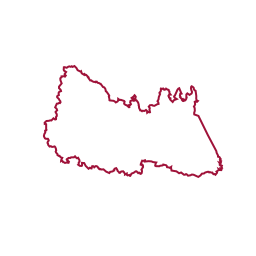 outline of Ballinamore-Lea-6, Leitrim, Ireland, rotated 149°
{"feature_id": "5873133B64566250281518", "entity_name": "Ballinamore-Lea-6", "entity_type": "district", "adm_level": 2, "iso_a3": "IRL", "parent_name": "Ireland", "parent_adm1": "Leitrim", "projection": "mercator", "projection_center": [-7.852, 54.028], "detail": "fine", "context": "isolated", "style": "outline", "palette": "rose", "viewbox_px": 256, "rotation_deg": 149, "n_neighbors": 0, "source": "geoboundaries", "source_scale": "gbopen_adm2", "svg_char_len": 5849}
<svg xmlns="http://www.w3.org/2000/svg" viewBox="0 0 256 256"><g transform="rotate(149 128 128)"><path d="M66.9,47.3L67.4,48.2L68.2,48.4L68.4,49.2L67.6,50.0L67.6,51.1L67.1,50.4L66.6,50.8L66.2,50.5L65.8,51.2L66.2,51.6L65.3,51.8L65.7,52.8L65.1,53.2L65.2,53.7L64.7,53.8L64.9,54.2L64.6,54.8L64.6,56.0L65.6,57.1L65.0,58.0L64.8,61.1L64.2,62.7L63.2,80.9L61.4,102.1L64.2,105.5L63.6,106.8L61.9,108.3L60.6,110.7L60.4,112.5L59.5,112.8L58.2,113.8L57.3,116.1L55.9,116.0L55.9,115.3L55.4,114.9L54.2,115.2L54.8,116.1L54.7,117.2L54.3,118.2L53.0,120.2L50.9,125.1L51.5,126.1L51.5,127.3L51.0,128.8L51.5,130.3L52.0,131.0L52.6,130.8L53.6,129.6L54.2,127.9L54.5,126.0L55.2,125.2L55.8,124.8L58.2,124.7L59.3,127.1L60.7,126.7L62.3,124.1L62.1,123.9L63.2,122.9L64.6,122.2L64.9,122.3L65.3,123.5L66.2,122.5L66.7,122.6L67.1,123.0L67.3,124.3L66.9,124.5L66.6,125.1L67.2,126.0L67.4,127.2L67.1,127.2L66.9,127.7L67.0,128.9L66.1,129.7L65.9,130.2L65.1,130.6L64.8,130.0L64.4,129.9L64.4,130.6L63.6,135.7L64.6,135.8L66.1,135.2L71.2,131.6L72.2,131.4L72.4,131.0L72.4,129.9L71.3,127.7L74.3,128.2L76.3,127.3L77.1,130.2L77.1,131.5L76.4,131.7L77.1,133.1L76.8,133.6L76.9,134.2L76.7,134.8L75.7,135.3L74.3,134.7L74.5,136.6L73.7,138.0L73.9,139.4L73.6,139.8L74.8,141.3L75.1,142.1L75.8,141.7L76.8,141.9L76.9,142.5L77.6,142.7L77.6,143.8L79.1,144.0L79.4,144.8L79.8,144.6L80.2,143.6L81.2,142.5L82.8,142.1L83.1,141.5L83.0,140.6L85.6,138.7L87.2,136.7L88.9,135.8L88.8,134.4L89.4,132.9L90.7,133.3L93.9,133.4L95.1,134.3L95.6,135.3L97.5,136.2L99.2,135.6L99.1,133.8L100.1,132.8L101.0,130.2L101.3,130.2L102.5,131.4L103.7,131.2L103.5,131.7L102.8,132.2L103.3,134.2L105.0,134.1L107.0,135.5L107.4,135.3L107.9,136.4L108.5,136.9L108.2,137.6L108.3,138.8L108.0,139.9L107.4,140.9L107.3,141.8L106.9,142.1L106.2,144.7L106.5,147.4L106.9,147.9L107.0,148.7L106.6,149.7L105.3,150.7L105.3,151.9L105.5,152.7L107.1,152.1L109.4,151.9L109.2,151.2L108.6,150.4L107.9,150.1L107.7,149.3L107.0,148.7L107.6,148.2L108.1,148.0L109.3,148.5L110.1,149.6L112.0,149.9L113.0,148.8L113.2,146.9L114.9,146.4L115.2,147.1L115.7,147.2L115.7,146.4L116.0,146.0L116.1,145.2L116.3,145.2L116.5,145.3L117.4,148.1L118.3,149.2L118.8,150.7L118.6,151.2L117.3,152.4L117.4,153.2L119.7,155.9L120.7,156.3L121.4,158.0L122.3,156.6L123.4,156.1L125.3,156.2L125.6,157.4L126.3,158.7L129.5,161.1L129.6,161.3L128.9,162.7L128.2,164.9L127.5,165.2L127.4,166.7L127.7,170.4L128.1,170.9L127.3,173.1L127.4,175.0L128.3,176.0L128.7,179.9L129.0,180.0L129.6,181.3L130.8,182.5L130.9,183.7L132.0,183.9L131.9,184.4L133.0,184.7L133.7,185.3L134.6,186.6L134.9,187.7L135.9,188.2L136.2,192.1L135.8,192.1L136.5,195.0L136.9,195.1L137.5,196.6L138.2,196.1L139.5,198.7L139.0,200.8L139.6,200.7L141.4,203.5L141.3,206.0L142.0,208.7L144.0,208.9L144.4,209.9L145.5,209.9L146.5,211.0L147.6,211.3L149.5,211.2L151.0,212.8L151.7,213.1L153.1,211.1L153.3,210.2L152.2,207.9L154.5,206.9L154.7,206.6L154.3,205.0L155.6,204.5L156.1,205.3L158.4,206.5L158.9,205.7L160.1,205.6L160.6,205.2L161.3,203.8L161.9,200.4L165.8,199.0L166.6,197.7L166.1,195.6L166.2,194.7L166.4,194.1L168.2,194.4L169.0,194.1L169.5,193.7L170.3,191.8L171.9,191.9L172.8,191.2L172.8,190.4L172.3,188.6L172.4,187.1L172.2,185.9L172.6,184.8L173.5,184.4L174.1,185.0L175.1,184.9L176.5,185.5L179.8,183.2L179.3,181.3L179.6,179.7L181.8,179.1L182.0,178.5L181.9,177.3L182.0,176.5L182.8,175.0L184.1,174.5L184.8,173.1L185.2,172.6L186.1,172.8L186.9,174.7L189.8,173.9L190.7,174.6L192.1,174.9L194.3,176.0L196.7,175.5L197.2,174.5L196.5,174.4L196.2,173.4L198.9,168.9L198.8,168.5L199.2,168.1L200.4,168.4L201.3,166.7L202.7,166.0L204.2,164.5L204.4,163.7L204.5,161.9L203.9,161.0L202.2,160.0L202.2,158.8L202.5,158.0L203.6,157.7L204.7,156.7L204.6,155.9L205.1,154.7L204.8,152.5L203.5,152.2L203.3,151.4L202.3,150.6L200.4,150.0L200.2,149.0L200.6,146.8L201.0,146.3L201.2,145.6L202.1,145.1L202.3,144.1L201.9,141.8L202.4,141.1L201.7,139.7L201.0,139.4L201.0,138.5L200.6,137.3L199.7,136.3L201.9,134.8L202.4,134.1L201.5,134.1L201.1,133.1L201.2,132.2L200.8,132.0L200.0,130.5L197.8,129.9L197.8,129.5L196.9,128.8L196.0,129.5L196.4,131.0L196.8,131.5L196.6,131.9L196.8,132.5L196.5,132.8L195.4,132.6L194.5,133.0L192.8,132.0L191.9,132.2L189.5,130.7L188.0,131.0L187.7,129.2L187.3,128.3L186.1,128.2L186.2,125.4L186.9,124.1L188.0,123.8L188.9,122.4L189.6,122.2L188.8,120.4L187.6,119.5L186.9,119.4L186.4,119.9L185.4,121.8L183.6,120.5L183.8,117.4L182.8,113.4L181.1,113.6L180.7,113.2L180.5,112.4L180.1,112.1L178.3,113.7L177.3,113.0L177.2,111.7L175.4,112.0L174.5,111.4L174.0,110.3L174.2,109.6L173.7,108.3L173.9,108.0L173.7,107.4L173.2,107.4L172.6,106.8L172.5,106.3L170.3,105.2L169.2,101.8L167.2,99.0L165.9,99.6L163.5,98.7L162.2,98.8L162.0,99.1L161.6,98.8L160.5,100.0L158.8,99.7L158.7,98.0L159.0,96.5L158.5,94.9L158.6,94.2L158.1,93.7L156.2,94.2L154.5,93.4L154.5,92.8L154.2,92.4L154.3,90.6L154.0,90.2L154.4,89.7L152.5,89.6L153.1,88.5L152.8,87.6L151.1,87.1L151.0,86.0L150.7,85.8L148.5,87.1L146.2,86.7L143.9,86.9L143.3,86.7L143.0,86.4L142.5,84.1L141.5,84.1L140.9,83.0L141.0,82.3L140.5,82.1L139.5,82.3L138.3,83.7L137.9,84.6L138.0,85.3L135.2,86.8L135.1,87.0L135.3,87.2L134.4,88.3L134.7,89.4L135.5,89.4L136.0,90.0L135.4,90.7L132.7,92.7L132.1,92.0L130.0,91.6L130.2,90.6L130.5,90.4L127.5,89.0L125.1,87.3L124.1,85.9L121.6,83.9L122.5,83.4L124.1,81.7L123.7,80.9L120.9,79.1L119.9,79.1L117.9,78.2L117.1,78.1L116.6,78.5L114.5,76.4L114.3,75.6L114.7,74.3L113.0,72.9L112.7,72.3L111.1,72.4L111.6,71.8L112.6,69.1L108.8,65.9L107.5,62.9L105.4,62.5L104.1,59.1L103.2,58.6L102.0,58.6L101.5,57.9L101.1,56.2L98.8,55.3L97.2,55.2L95.8,54.1L93.0,49.9L90.3,50.0L88.2,50.8L86.3,49.9L84.8,50.1L82.2,49.4L81.4,48.9L81.3,48.1L80.4,47.9L79.4,46.7L78.7,46.4L78.6,44.6L78.2,44.1L77.4,43.9L77.1,42.9L74.7,43.8L74.4,44.7L74.5,45.1L72.2,45.2L71.6,45.5L71.5,46.0L71.2,45.4L71.3,44.9L69.8,43.9L69.4,44.2L69.8,44.6L69.6,45.5L69.0,44.8L68.7,45.4L68.0,45.3L67.9,46.1L68.0,46.5L66.9,47.3Z" fill="none" stroke="#9f1239" stroke-width="2"/></g></svg>